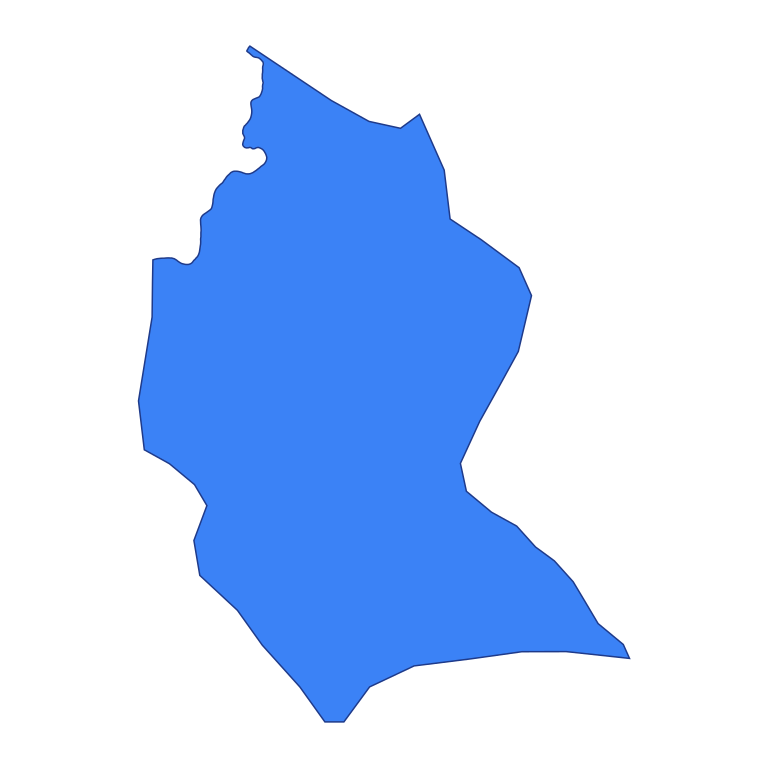 Hyesan City, Ryanggang, North Korea
{"feature_id": "82179303B10222488142424", "entity_name": "Hyesan City", "entity_type": "district", "adm_level": 2, "iso_a3": "PRK", "parent_name": "North Korea", "parent_adm1": "Ryanggang", "projection": "orthographic", "projection_center": [128.237, 41.362], "detail": "fine", "context": "isolated", "style": "filled", "palette": "blue", "viewbox_px": 768, "rotation_deg": 0, "n_neighbors": 0, "source": "geoboundaries", "source_scale": "gbopen_adm2", "svg_char_len": 3099}
<svg xmlns="http://www.w3.org/2000/svg" viewBox="0 0 768 768"><path d="M419.5,114.3L400.5,128.3L369.0,121.4L331.3,100.5L249.9,46.1L249.5,46.5L248.5,47.7L248.0,48.8L247.2,50.1L246.8,51.0L247.5,51.8L248.8,52.7L249.9,53.6L250.8,54.5L251.7,55.2L252.5,56.0L253.6,56.7L255.1,57.2L256.7,57.4L258.5,57.8L259.8,58.7L260.9,59.6L262.0,60.9L262.9,61.9L263.3,63.2L263.2,64.9L262.7,66.6L262.6,68.3L262.7,70.0L262.6,72.4L262.3,74.2L262.3,76.1L262.2,78.3L262.5,79.7L262.8,81.3L263.2,82.8L262.7,84.7L262.5,86.3L262.6,88.6L262.2,90.6L261.7,92.1L261.2,93.6L260.4,95.2L259.6,96.4L258.8,97.1L257.3,97.7L256.0,98.2L254.2,99.0L252.9,99.6L251.9,100.5L251.2,101.6L250.9,102.7L250.9,104.2L251.1,105.9L251.4,107.7L251.7,109.5L251.8,111.3L251.7,113.2L251.3,115.5L250.8,117.4L250.1,119.1L249.3,120.4L248.3,121.7L247.5,122.9L246.3,124.1L245.3,125.3L244.4,126.0L243.7,127.4L243.3,128.9L242.8,130.3L242.8,131.9L242.8,133.5L243.6,135.2L244.5,137.0L244.5,138.6L243.6,140.6L243.1,142.3L242.8,143.6L242.7,144.7L243.2,145.9L243.8,146.6L244.7,147.4L246.3,147.9L248.3,147.8L249.6,147.4L250.9,147.6L251.7,148.1L252.3,148.7L253.5,148.8L254.8,148.6L256.3,147.8L258.1,147.4L259.8,147.9L261.8,148.9L263.2,150.0L264.2,151.3L264.9,152.5L265.7,154.0L266.2,155.3L266.8,157.3L266.6,159.5L266.0,161.2L265.3,162.5L264.2,164.0L262.6,165.3L261.0,166.4L259.5,167.8L257.9,169.0L256.2,170.4L254.2,171.7L252.9,172.6L251.4,173.2L250.1,173.7L248.6,173.9L247.2,173.9L245.9,173.8L244.4,173.3L243.1,172.9L241.7,172.3L240.3,171.9L238.7,171.5L237.5,171.3L236.1,171.2L234.6,171.2L233.2,171.4L231.9,172.0L230.7,172.7L229.7,173.8L228.6,174.8L227.5,175.8L226.4,177.1L225.3,178.8L224.2,180.2L223.1,182.0L222.2,183.1L220.7,184.2L219.5,185.3L218.4,186.5L217.2,187.8L216.2,189.1L215.3,190.8L214.5,192.9L214.1,194.2L213.8,195.6L213.5,197.5L213.1,199.5L213.0,201.7L212.8,203.4L212.4,205.3L211.9,207.2L211.4,208.6L210.2,209.8L208.6,211.0L207.2,212.0L205.8,213.0L204.4,213.9L203.2,214.8L202.3,215.7L201.4,217.1L200.9,218.1L200.5,219.8L200.6,221.9L200.7,224.4L200.9,226.1L201.0,228.0L201.1,230.5L200.9,232.7L200.9,235.0L200.9,236.8L200.6,239.0L200.7,241.7L200.6,244.0L200.3,245.9L200.0,248.1L199.7,250.2L199.4,252.1L198.8,253.9L198.2,255.4L197.3,256.8L196.0,258.1L195.0,259.4L193.8,260.4L193.3,261.1L192.5,262.2L191.6,263.1L190.5,263.8L188.7,264.4L187.0,264.5L185.3,264.4L183.1,263.9L181.6,263.5L180.1,262.7L178.9,261.9L177.6,261.0L176.7,260.2L175.4,259.4L174.2,258.7L173.0,258.4L171.7,258.0L170.3,258.0L168.1,257.9L166.1,258.0L164.1,258.2L162.4,258.2L160.6,258.3L159.0,258.5L157.1,258.7L154.7,259.3L153.2,259.8L152.9,259.9L152.5,282.2L152.1,317.1L145.3,359.0L138.5,400.9L144.3,449.8L169.4,463.7L194.5,484.6L206.9,505.6L193.9,540.5L199.8,575.4L237.4,610.3L262.3,645.2L281.1,666.1L299.9,687.0L324.9,721.9L343.9,721.9L369.6,686.9L414.1,665.9L471.2,658.8L521.9,651.7L566.2,651.6L629.5,658.4L623.3,644.5L598.1,623.6L585.7,602.7L573.2,581.8L554.4,560.9L535.5,547.0L516.7,526.1L491.5,512.2L466.4,491.3L460.4,463.4L479.7,421.4L499.1,386.5L518.3,351.5L531.5,295.6L519.1,267.7L481.5,239.9L450.1,219.0L444.2,170.1L419.5,114.3Z" fill="#3b82f6" stroke="#1e3a8a" stroke-width="1.5"/></svg>